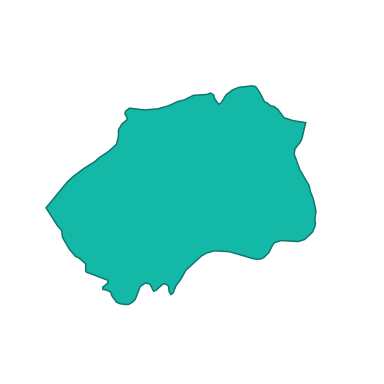 San José La Arada, Chiquimula, Guatemala, rotated 324°
{"feature_id": "79465075B89151585354949", "entity_name": "San José La Arada", "entity_type": "district", "adm_level": 2, "iso_a3": "GTM", "parent_name": "Guatemala", "parent_adm1": "Chiquimula", "projection": "mercator", "projection_center": [-89.61, 14.714], "detail": "fine", "context": "isolated", "style": "filled", "palette": "teal", "viewbox_px": 384, "rotation_deg": 324, "n_neighbors": 0, "source": "geoboundaries", "source_scale": "gbopen_adm2", "svg_char_len": 1445}
<svg xmlns="http://www.w3.org/2000/svg" viewBox="0 0 384 384"><g transform="rotate(324 192 192)"><path d="M64.6,119.0L63.3,140.4L64.0,146.3L60.5,152.8L59.2,166.6L59.9,175.7L61.7,178.8L63.8,187.7L59.7,193.2L59.5,194.8L71.9,213.8L70.7,216.2L63.9,216.5L62.6,218.4L65.2,221.0L67.4,225.3L66.2,228.6L66.1,236.7L68.2,240.2L72.5,244.3L75.1,245.8L79.4,246.2L83.0,245.5L94.4,238.1L100.8,238.2L103.8,241.8L102.6,249.8L105.2,250.4L114.2,249.4L116.0,250.4L117.5,252.7L117.5,254.8L114.9,259.2L114.7,262.6L117.3,262.6L123.9,258.4L131.0,256.3L141.0,251.7L161.6,249.3L167.5,249.8L175.6,252.8L187.2,262.3L201.7,281.1L205.0,284.7L209.1,286.9L211.7,287.2L218.5,286.2L226.7,282.0L229.3,281.5L235.6,283.7L248.8,294.5L255.2,296.6L265.8,295.3L271.3,292.1L273.5,289.8L275.4,286.3L281.1,280.3L286.3,268.3L287.9,261.5L290.5,255.8L292.3,237.6L296.9,221.5L300.6,217.7L309.4,215.1L312.9,212.9L324.8,202.7L315.9,193.9L310.1,186.0L310.0,174.7L309.2,174.0L308.9,171.4L307.1,169.4L306.2,168.1L305.0,163.7L303.6,162.0L305.3,151.5L305.4,144.0L302.4,141.0L291.2,134.8L284.5,133.2L277.0,133.4L267.7,137.1L265.1,136.6L265.3,129.1L266.5,126.3L265.3,122.9L261.3,121.8L249.9,114.6L239.9,113.0L234.0,110.5L223.5,108.4L213.2,104.6L201.5,97.5L190.7,87.4L185.9,87.6L183.7,89.2L183.1,93.9L181.7,95.4L175.4,95.8L169.2,98.4L164.7,104.3L158.7,109.1L148.6,110.1L137.4,109.7L131.0,110.3L118.4,109.4L105.7,109.6L97.2,110.5L64.6,119.0Z" fill="#14b8a6" stroke="#0f766e" stroke-width="1.5"/></g></svg>